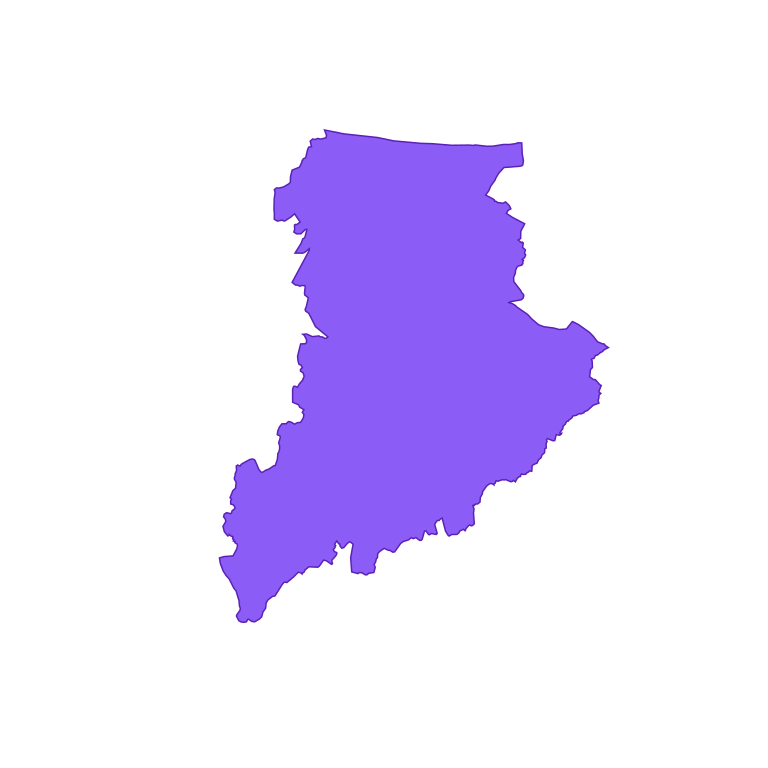 the district of Ambovombe-Androy, Androy, Madagascar, rotated 211°
{"feature_id": "10022922B3330352702203", "entity_name": "Ambovombe-Androy", "entity_type": "district", "adm_level": 2, "iso_a3": "MDG", "parent_name": "Madagascar", "parent_adm1": "Androy", "projection": "robinson", "projection_center": [45.726, -24.798], "detail": "fine", "context": "isolated", "style": "filled", "palette": "violet", "viewbox_px": 768, "rotation_deg": 211, "n_neighbors": 0, "source": "geoboundaries", "source_scale": "gbopen_adm2", "svg_char_len": 6171}
<svg xmlns="http://www.w3.org/2000/svg" viewBox="0 0 768 768"><g transform="rotate(211 384 384)"><path d="M212.9,526.8L210.4,530.8L213.9,530.9L215.8,531.7L217.7,530.9L222.8,530.2L229.2,532.7L234.5,534.1L247.8,535.1L254.0,534.7L254.7,534.5L256.0,525.1L261.8,521.0L267.3,519.4L276.6,515.4L282.1,514.4L291.0,515.9L296.7,517.6L309.6,518.4L311.9,519.0L315.0,519.0L318.8,518.1L318.0,519.6L309.7,526.9L309.0,529.1L309.6,531.6L310.6,532.6L313.5,533.4L314.7,534.4L325.4,538.6L327.8,542.1L328.5,546.7L329.7,549.0L330.2,552.1L329.9,553.9L327.2,556.8L326.9,558.7L327.8,559.8L328.1,561.8L329.7,562.0L328.6,564.6L329.0,567.6L331.1,568.7L331.7,571.5L332.2,571.9L335.5,572.4L337.2,576.6L338.7,576.8L339.1,575.9L343.1,576.5L341.8,579.1L345.4,585.3L345.9,593.8L359.6,593.0L367.0,593.3L367.0,596.8L365.5,599.5L368.4,601.4L373.5,602.7L375.3,600.1L380.2,598.1L382.4,598.3L383.3,597.5L384.2,598.6L385.5,598.8L394.2,598.3L393.7,603.7L394.4,608.4L393.8,616.6L394.2,617.4L394.2,623.8L392.7,631.3L379.8,640.5L378.0,642.4L377.9,643.4L379.5,647.2L384.0,652.4L390.1,661.6L393.8,659.5L394.4,658.3L399.8,653.9L404.9,650.9L413.1,644.0L418.2,640.8L429.1,635.8L430.1,634.6L434.0,632.7L448.9,623.5L466.3,614.9L476.1,609.4L500.9,597.4L516.6,591.9L547.3,577.7L565.8,571.1L561.3,567.5L560.5,565.2L564.3,561.4L567.4,560.3L568.9,558.2L571.4,557.2L572.3,554.1L568.4,550.1L570.6,548.2L570.2,545.5L567.7,537.7L569.2,535.4L568.9,534.2L569.3,533.7L568.7,531.8L568.1,526.4L572.9,520.0L570.9,513.5L568.2,508.7L568.7,506.5L571.6,501.2L575.0,497.8L577.2,496.7L578.1,494.1L576.0,492.1L573.4,486.0L567.7,476.1L566.3,474.5L562.9,468.7L559.3,468.7L555.8,471.9L553.6,472.2L552.9,472.8L549.8,479.2L548.3,483.8L539.3,479.6L540.9,475.7L542.2,475.1L542.6,474.1L540.3,470.7L539.5,467.8L536.2,467.7L532.6,470.0L531.0,476.0L529.7,476.7L527.4,469.2L527.5,468.0L528.4,466.6L527.5,462.1L527.7,450.4L521.2,454.2L519.8,455.9L517.7,461.5L516.9,460.2L515.1,423.8L511.0,423.2L509.0,424.2L506.5,424.5L505.0,426.2L502.6,427.5L501.5,426.6L499.1,421.2L497.8,419.5L493.3,418.9L490.5,410.5L490.0,407.2L488.7,406.1L484.9,405.9L472.3,397.9L456.4,395.5L457.1,393.5L458.1,392.6L460.8,392.7L462.8,391.7L464.5,391.7L469.8,387.7L476.1,387.0L479.1,384.8L477.3,384.6L473.3,382.1L471.9,379.9L472.1,378.1L476.1,375.4L472.4,363.3L469.4,359.3L467.0,357.1L464.8,357.4L462.4,356.0L463.1,353.5L462.2,352.0L459.1,351.9L456.4,349.5L455.8,345.2L456.6,340.8L456.5,336.6L458.7,336.4L460.1,335.6L460.2,334.5L459.4,332.0L452.9,321.3L446.5,322.2L444.4,320.7L439.4,320.7L439.5,317.7L436.9,316.5L435.7,313.4L435.7,308.3L438.5,306.0L440.0,303.5L443.9,303.5L446.3,302.8L447.1,301.3L447.2,299.7L451.0,297.3L451.5,292.9L450.8,288.9L449.4,285.6L446.5,285.9L445.3,284.6L443.9,279.1L442.0,277.7L440.2,274.9L439.2,272.0L439.2,269.8L436.6,264.5L435.2,258.1L436.3,257.3L438.8,251.9L440.9,249.3L442.6,245.9L443.9,245.1L447.1,246.2L455.1,252.0L456.2,252.4L458.0,252.0L460.0,250.4L464.1,243.5L465.0,241.6L465.1,239.6L467.8,239.1L468.4,237.6L465.9,234.0L465.3,230.2L464.6,229.3L463.9,226.4L463.0,225.2L460.2,223.8L457.6,218.2L458.6,214.8L457.4,207.2L455.3,206.6L455.2,204.7L453.6,202.2L450.6,202.8L447.9,201.3L447.9,199.6L448.9,197.3L448.4,195.1L448.6,193.9L452.7,192.6L453.9,190.1L453.1,187.5L450.7,186.6L448.8,184.8L448.7,179.0L444.7,175.1L439.6,173.3L439.0,174.4L439.2,175.3L436.8,174.8L435.0,175.4L434.0,173.3L432.6,173.3L432.3,171.8L430.5,172.3L430.1,171.2L427.4,171.2L426.2,169.7L425.3,166.9L424.9,158.9L432.2,153.7L435.5,150.2L431.7,145.7L425.4,140.8L420.5,138.4L416.4,137.2L407.3,131.5L404.4,130.6L396.5,123.4L393.6,119.3L391.6,117.7L390.9,115.8L391.3,110.4L390.9,109.0L386.7,106.4L384.0,106.4L381.4,107.5L379.4,109.3L379.6,111.9L379.1,112.6L375.0,112.4L372.3,113.6L369.8,118.2L368.9,121.3L370.3,126.2L370.0,130.9L372.2,135.5L372.3,139.0L370.3,144.3L368.3,146.2L368.0,159.5L367.6,162.2L367.2,163.0L365.0,163.8L362.1,172.1L360.6,178.4L357.7,179.4L356.3,178.9L356.3,180.5L355.6,181.8L355.9,183.7L354.3,188.6L346.3,192.9L345.6,194.6L345.1,201.9L342.4,202.8L336.1,202.4L335.7,203.0L335.8,203.8L337.5,205.2L337.9,206.2L336.8,212.1L337.1,214.5L337.8,215.2L340.1,214.8L342.2,216.0L341.8,218.0L341.8,218.9L342.4,219.6L342.1,220.5L343.9,221.3L343.6,225.1L340.4,223.7L339.6,224.1L338.1,222.4L335.6,221.5L334.2,223.1L333.3,228.7L332.0,231.3L328.0,230.8L323.1,217.9L314.9,206.3L308.6,208.1L308.0,209.7L305.6,210.8L301.6,210.8L300.0,212.1L299.8,213.7L295.6,217.2L297.0,222.2L299.5,224.3L299.5,227.0L300.5,230.1L300.2,231.8L302.0,235.5L301.4,238.4L299.2,243.2L294.5,243.7L293.5,244.4L289.8,244.4L288.4,245.6L287.6,255.9L286.4,258.8L282.6,263.1L281.7,266.2L279.3,266.5L277.5,268.8L273.0,268.3L271.6,269.2L271.3,270.7L273.5,278.6L272.9,279.4L272.4,279.7L268.2,277.9L267.2,278.4L266.6,280.1L261.6,282.0L261.5,283.4L268.1,289.6L268.3,291.7L267.9,294.5L266.4,295.5L266.3,296.8L265.1,299.0L255.5,289.6L250.7,287.1L249.8,287.3L248.4,289.9L244.1,292.6L243.2,294.6L243.3,296.9L241.2,300.3L238.9,300.0L239.2,302.5L238.6,306.0L237.8,307.4L236.3,307.3L235.2,308.3L234.6,310.7L240.9,319.6L242.4,323.2L245.2,325.5L245.0,326.2L244.0,326.4L243.9,328.0L241.9,329.5L240.9,332.1L243.0,336.5L243.1,340.4L244.0,342.5L243.5,349.4L242.0,353.2L239.7,354.3L237.7,354.1L238.2,355.1L237.6,356.4L238.1,358.8L236.2,359.4L233.2,363.0L231.6,363.6L230.5,364.7L224.9,365.6L223.9,366.5L223.3,368.1L221.0,367.8L221.2,371.9L220.3,374.3L219.4,375.0L219.9,376.1L219.7,377.8L218.2,378.1L216.2,379.5L215.7,380.5L215.9,381.5L214.9,382.7L214.5,384.5L212.4,385.3L214.9,390.3L214.4,391.9L212.1,394.9L212.4,398.8L211.4,401.6L212.0,404.5L211.0,407.8L212.8,411.3L211.9,412.7L214.3,416.2L214.6,418.7L215.9,419.7L215.8,421.4L209.8,422.4L208.5,423.5L210.3,429.2L207.0,430.6L206.2,432.3L206.4,433.2L207.3,431.9L208.2,432.8L207.7,437.7L208.7,440.1L207.9,443.0L208.2,445.9L206.9,447.1L207.0,448.0L205.5,451.8L205.7,453.7L203.0,456.3L201.3,459.3L199.9,459.7L197.8,462.4L198.0,463.3L195.9,466.2L193.7,473.6L189.9,478.3L191.9,480.0L192.8,483.1L194.0,485.2L193.3,487.6L195.4,487.8L196.0,488.4L197.0,494.6L198.9,494.6L205.1,496.6L206.9,495.7L211.4,496.1L214.4,502.6L213.8,505.5L217.5,511.0L218.9,511.9L218.7,512.7L217.2,514.0L217.4,517.4L215.9,518.8L215.0,521.7L213.4,524.5L212.9,526.8Z" fill="#8b5cf6" stroke="#5b21b6" stroke-width="1.5"/></g></svg>